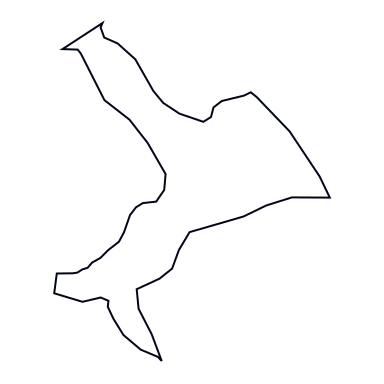 an SVG outline of Metlika
{"feature_id": "SVN-969", "entity_name": "Metlika", "entity_type": "Municipality", "adm_level": 1, "iso_a3": "SVN", "parent_name": "Slovenia", "parent_adm1": "", "projection": "equal_earth", "projection_center": [15.277, 45.643], "detail": "fine", "context": "isolated", "style": "outline", "palette": "ink", "viewbox_px": 384, "rotation_deg": 0, "n_neighbors": 0, "source": "natural_earth", "source_scale": "10m", "svg_char_len": 870}
<svg xmlns="http://www.w3.org/2000/svg" viewBox="0 0 384 384"><path d="M102.5,23.0L100.6,27.5L104.2,37.5L117.7,43.5L135.3,59.3L153.5,91.2L163.2,102.9L179.5,113.7L203.4,121.8L211.0,117.0L213.5,107.4L221.8,101.0L244.0,95.6L250.8,92.3L256.5,96.9L286.2,127.8L289.7,131.5L319.7,176.6L329.8,197.6L291.9,197.4L266.2,205.5L243.5,216.5L189.6,232.1L179.0,249.8L172.1,268.6L159.6,278.6L136.7,289.2L138.6,308.8L151.7,334.3L161.7,361.0L160.7,359.9L157.9,356.9L140.8,349.7L123.5,335.1L113.5,318.9L107.8,306.9L108.4,300.8L100.7,297.5L82.5,301.8L54.2,293.3L56.8,273.5L72.7,273.3L77.4,272.6L82.2,269.5L87.6,267.8L92.2,262.5L100.4,257.9L108.4,249.9L118.9,241.8L124.0,232.3L130.0,215.1L136.0,207.3L142.8,203.1L156.2,201.6L164.2,190.0L165.6,174.1L147.7,143.0L129.5,119.7L104.4,100.1L80.8,53.5L77.7,49.6L62.5,49.1L100.8,24.1L102.5,23.0Z" fill="none" stroke="#020617" stroke-width="2"/></svg>